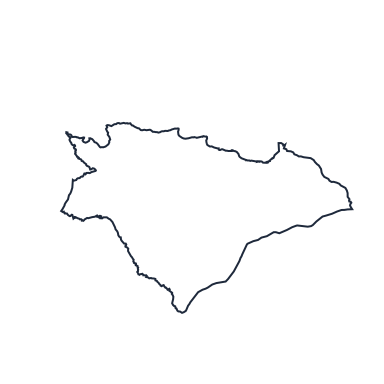 outline of Busega, Simiyu, United Republic of Tanzania, rotated 39°
{"feature_id": "72390352B70559618037175", "entity_name": "Busega", "entity_type": "district", "adm_level": 2, "iso_a3": "TZA", "parent_name": "United Republic of Tanzania", "parent_adm1": "Simiyu", "projection": "orthographic", "projection_center": [33.696, -2.377], "detail": "fine", "context": "isolated", "style": "outline", "palette": "slate", "viewbox_px": 384, "rotation_deg": 39, "n_neighbors": 0, "source": "geoboundaries", "source_scale": "gbopen_adm2", "svg_char_len": 6000}
<svg xmlns="http://www.w3.org/2000/svg" viewBox="0 0 384 384"><g transform="rotate(39 192 192)"><path d="M228.5,99.5L234.0,105.6L233.0,111.4L233.9,114.1L233.4,115.5L233.1,115.4L232.6,118.7L233.0,119.0L232.4,119.7L232.4,120.5L232.1,120.3L231.6,121.1L231.7,121.7L231.2,121.6L230.9,122.2L231.3,122.6L228.7,124.5L227.1,124.4L226.3,124.8L225.5,125.9L225.2,125.7L224.2,126.9L224.2,126.4L223.1,127.2L222.6,127.9L218.3,130.3L217.7,131.2L216.7,131.4L215.4,132.5L214.5,132.8L214.6,133.4L214.8,133.6L213.6,133.2L209.3,134.6L206.9,134.7L206.0,134.4L204.2,133.2L203.1,133.0L201.8,132.7L200.1,133.0L198.7,133.8L197.5,133.9L196.7,134.3L196.6,134.5L196.9,134.7L197.9,134.5L194.4,137.3L193.0,138.0L192.4,138.6L188.8,139.6L188.2,140.1L187.4,141.7L186.7,142.2L186.1,142.2L185.3,141.3L184.5,142.0L181.2,143.5L178.7,144.1L177.2,145.4L174.4,145.8L172.9,145.1L172.9,145.5L172.9,145.1L170.7,143.1L170.1,141.0L169.0,139.8L168.3,139.8L167.6,140.5L165.7,141.4L165.3,142.1L165.4,142.4L165.0,142.5L161.6,146.9L160.7,147.2L160.5,147.6L160.5,147.4L159.2,147.9L158.6,148.8L157.6,149.4L155.5,152.4L153.4,154.7L151.9,155.6L150.3,156.1L146.9,156.4L145.4,156.0L143.2,153.9L142.5,152.1L141.7,151.2L141.1,151.4L139.6,153.0L138.9,153.3L136.9,156.2L136.3,157.6L135.2,158.9L134.8,159.8L132.6,161.4L131.9,162.5L130.6,163.6L130.1,164.2L129.5,165.7L128.5,167.0L127.1,167.5L126.1,168.3L124.6,169.1L123.6,169.9L121.5,169.8L120.1,170.1L117.8,172.6L115.7,173.7L114.4,175.4L113.2,176.1L110.7,175.9L109.6,176.6L106.2,177.4L104.2,177.5L103.6,178.0L101.9,177.8L100.9,177.4L99.1,179.2L98.3,179.3L97.1,180.6L95.5,181.2L93.1,184.2L91.8,184.4L90.6,185.6L90.3,187.0L89.0,188.2L87.9,191.5L85.4,192.4L84.1,193.3L83.8,194.2L85.4,195.1L85.5,197.1L88.3,198.5L89.4,198.6L90.4,200.5L93.1,201.2L95.4,202.7L95.5,204.5L96.5,205.5L97.0,207.6L96.2,211.1L94.8,213.2L93.8,213.8L92.8,214.9L92.1,215.0L88.1,214.0L86.5,214.0L84.8,214.6L83.9,214.2L81.3,213.7L79.0,214.3L78.5,214.9L79.2,215.3L79.8,217.1L79.0,219.4L78.2,220.7L76.2,221.3L74.6,220.9L74.4,220.5L74.2,218.1L73.9,217.6L73.3,217.9L72.3,219.4L70.8,221.0L68.8,221.4L68.4,221.9L67.7,222.0L66.8,222.4L64.3,224.6L63.7,224.7L62.8,223.9L62.2,223.8L61.5,223.8L59.3,225.1L58.1,224.6L57.8,224.1L56.7,224.6L57.3,225.5L58.6,225.6L58.9,225.8L59.3,225.6L60.7,226.3L62.0,226.4L62.8,226.1L63.5,226.6L63.7,228.1L64.0,228.6L65.8,229.5L67.1,229.7L67.9,230.4L69.6,230.7L71.3,229.6L71.3,229.4L71.9,229.5L72.3,229.9L72.0,231.6L73.1,232.3L74.9,232.0L75.3,232.3L75.7,232.9L75.5,233.7L76.9,234.7L76.7,235.2L77.1,235.9L79.4,236.4L80.3,236.9L80.5,236.6L82.3,236.6L82.3,237.4L82.5,237.5L85.3,236.5L86.0,236.7L86.7,237.3L88.2,236.7L89.4,237.1L92.3,237.0L92.8,237.6L93.8,237.8L95.9,237.2L96.8,237.3L98.7,238.6L99.4,237.8L99.9,236.0L101.2,235.4L102.6,235.4L103.7,235.7L103.8,236.3L101.2,240.0L100.9,241.2L100.3,242.0L99.5,242.3L98.1,243.5L98.1,245.1L97.2,244.9L96.7,245.4L97.3,247.6L97.3,248.9L96.5,249.4L96.0,250.4L96.0,251.7L95.5,252.4L94.8,252.9L94.3,254.1L94.5,255.5L93.1,257.5L91.8,257.6L96.3,264.0L97.8,267.7L98.4,269.9L98.4,271.9L100.3,275.8L100.5,279.7L100.9,281.9L101.4,282.6L101.6,283.7L102.2,287.2L102.3,289.1L104.2,288.9L104.7,288.1L104.9,288.3L105.5,288.2L106.1,288.7L106.5,288.8L106.9,288.2L107.4,288.2L108.4,287.4L110.0,287.9L112.0,287.8L112.6,287.3L112.8,285.4L113.4,285.1L116.6,287.3L116.7,286.6L117.2,285.9L116.8,285.7L116.6,285.2L117.3,284.8L119.6,284.4L120.9,283.8L122.2,283.8L122.6,283.2L123.1,282.9L123.9,282.9L124.4,283.5L124.9,282.9L125.6,282.9L125.9,281.9L125.8,280.9L126.8,278.2L127.9,277.6L130.2,274.4L132.1,272.3L133.0,270.0L133.6,270.2L134.1,270.9L135.0,270.2L135.6,270.3L135.8,269.6L134.9,269.3L135.1,268.8L135.8,268.2L136.7,268.0L137.2,268.7L136.7,269.8L137.1,270.2L138.8,269.0L139.1,267.4L141.7,265.3L144.0,265.2L145.6,264.8L149.1,265.4L154.4,267.9L156.1,269.1L158.6,269.6L160.0,270.3L162.0,272.0L163.4,272.5L164.7,272.5L165.2,272.1L166.8,273.7L168.2,274.2L171.7,274.8L173.0,273.8L174.0,274.2L174.3,275.1L174.2,275.9L174.7,276.4L176.8,275.9L178.2,276.2L178.7,277.2L179.6,278.2L185.0,280.3L186.5,280.5L188.2,281.2L189.2,281.3L190.2,283.0L191.3,283.1L191.6,283.6L193.4,282.9L193.8,283.8L194.2,283.7L194.5,284.3L196.3,283.8L196.9,284.6L197.7,284.6L198.0,285.5L199.1,286.3L199.1,286.7L199.9,287.6L199.8,288.6L201.3,289.1L202.0,289.6L202.2,289.4L203.2,289.5L203.6,288.4L204.2,287.6L205.0,287.3L205.0,286.9L206.0,286.9L206.6,287.3L206.8,286.9L209.0,286.1L208.9,285.6L209.6,285.6L210.1,286.1L210.1,286.8L211.7,286.0L213.1,286.0L214.3,284.6L215.0,284.5L217.0,283.1L218.2,282.6L219.2,283.7L220.6,283.2L221.6,283.6L223.2,283.6L224.1,284.0L226.4,284.2L226.6,284.5L227.7,284.3L228.3,282.4L228.6,282.2L229.9,282.8L231.5,283.1L231.7,282.7L233.1,282.8L234.5,283.3L235.3,281.5L236.2,281.9L236.5,283.0L240.0,282.8L240.3,283.1L240.4,283.9L241.9,284.3L243.4,285.1L244.8,287.2L246.6,291.0L248.6,291.8L248.8,291.7L249.6,291.9L250.9,291.4L252.3,292.6L252.8,292.6L252.9,292.3L253.3,292.3L255.2,293.4L256.5,293.4L258.0,292.4L260.3,292.2L261.3,290.5L261.7,289.1L262.0,288.7L261.8,287.2L260.5,282.8L260.5,281.0L260.1,278.7L259.8,266.0L261.7,261.3L263.4,258.6L264.4,256.4L266.0,251.1L268.3,247.4L274.5,240.4L274.8,237.0L274.5,227.5L272.3,215.8L271.2,212.7L271.0,211.0L270.3,208.8L267.7,198.3L267.7,197.3L270.6,191.6L273.5,187.7L274.7,183.7L278.0,179.2L280.8,171.8L282.6,170.4L285.8,169.1L289.7,161.7L292.0,156.3L294.1,152.8L294.8,151.8L303.8,146.1L306.0,143.6L306.7,141.7L307.2,136.7L308.9,128.9L311.0,126.0L314.5,120.8L317.0,115.9L319.5,111.9L321.7,110.0L323.9,107.6L327.3,104.6L324.4,103.6L323.1,102.8L322.6,101.3L322.6,100.1L321.4,99.7L320.3,100.4L319.5,99.9L318.9,98.5L316.0,97.8L313.6,94.9L311.4,93.4L308.6,92.3L303.4,93.3L301.4,92.9L298.5,93.7L295.6,95.0L294.1,96.4L291.7,96.7L289.8,96.0L285.3,97.0L282.5,96.3L280.5,95.3L277.8,92.9L273.9,91.6L271.6,91.7L268.6,91.3L266.5,90.6L262.9,91.0L256.9,94.7L254.2,95.8L252.7,97.1L250.3,97.4L247.8,98.3L245.8,97.5L243.2,98.2L240.1,100.3L238.4,99.4L236.0,100.3L234.6,96.7L234.3,97.9L233.6,98.4L233.2,97.7L232.4,97.6L230.4,97.9L228.5,99.5Z" fill="none" stroke="#1e293b" stroke-width="2"/></g></svg>